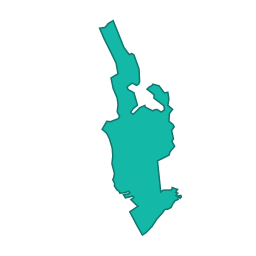 the district of Jondor, Bukhoro, Uzbekistan, rotated 39°
{"feature_id": "79887680B67164743475948", "entity_name": "Jondor", "entity_type": "district", "adm_level": 2, "iso_a3": "UZB", "parent_name": "Uzbekistan", "parent_adm1": "Bukhoro", "projection": "orthographic", "projection_center": [63.66, 39.945], "detail": "fine", "context": "isolated", "style": "filled", "palette": "teal", "viewbox_px": 256, "rotation_deg": 39, "n_neighbors": 0, "source": "geoboundaries", "source_scale": "gbopen_adm2", "svg_char_len": 1621}
<svg xmlns="http://www.w3.org/2000/svg" viewBox="0 0 256 256"><g transform="rotate(39 128 128)"><path d="M108.6,87.2L107.9,84.7L99.4,75.2L86.7,67.5L84.0,67.7L82.8,70.2L74.0,67.9L48.9,53.9L46.9,59.2L46.9,64.3L43.1,68.3L53.1,73.6L67.0,79.9L77.8,85.0L86.1,92.1L83.3,99.8L91.7,106.7L100.9,111.6L105.7,116.3L109.4,122.2L114.2,124.3L114.5,127.0L110.4,134.1L107.3,136.1L108.7,145.3L114.8,145.5L120.5,148.1L128.4,153.6L133.8,159.3L138.0,165.9L146.0,171.8L148.0,175.4L148.7,177.8L152.4,179.4L153.9,181.6L158.6,183.1L160.5,182.8L162.7,183.8L166.0,180.6L168.4,176.8L170.2,177.2L169.7,178.9L166.6,182.9L168.6,183.3L169.9,184.0L172.7,180.5L174.3,178.1L176.1,178.1L176.1,179.4L175.3,181.8L181.9,182.5L185.0,182.5L182.1,192.0L195.1,197.6L206.5,202.1L207.8,198.3L208.6,189.3L207.7,180.3L208.2,171.9L207.8,168.3L210.0,166.0L211.5,162.7L210.5,158.5L210.4,154.8L211.9,152.0L210.8,151.3L210.9,149.5L212.7,149.9L212.9,148.1L211.5,147.1L209.0,149.9L207.8,150.3L207.7,147.3L205.5,148.0L205.2,144.5L202.2,145.7L199.8,146.4L200.9,148.7L198.7,150.6L194.5,154.1L193.7,157.1L171.6,135.0L177.0,123.2L175.6,120.0L175.8,112.9L170.5,110.8L170.2,107.9L163.4,102.4L163.2,98.0L160.3,96.9L155.6,97.0L151.1,90.8L150.9,85.4L144.7,85.3L141.6,79.8L136.4,75.1L134.3,77.9L125.6,75.7L119.7,78.3L119.9,80.6L118.9,82.0L118.5,84.4L118.3,85.9L127.2,85.7L129.4,88.5L141.9,88.1L145.0,91.1L143.6,94.8L139.2,95.2L137.4,96.8L136.4,99.1L128.3,100.9L126.9,99.9L124.3,104.9L124.0,109.4L123.3,114.0L120.7,114.3L120.0,113.3L119.9,109.4L121.0,104.3L110.3,96.8L103.7,98.1L101.4,96.3L103.0,90.5L107.9,89.5L108.6,87.2Z" fill="#14b8a6" stroke="#0f766e" stroke-width="1.5"/></g></svg>